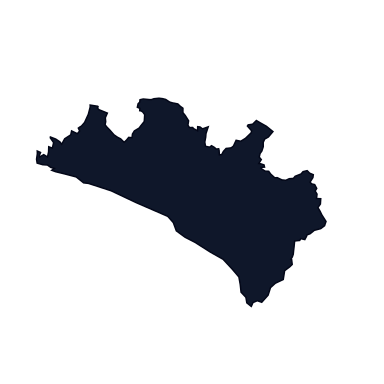 outline of Polis, Paphos, Cyprus, rotated 234°
{"feature_id": "46923920B35140405744722", "entity_name": "Polis", "entity_type": "district", "adm_level": 2, "iso_a3": "CYP", "parent_name": "Cyprus", "parent_adm1": "Paphos", "projection": "orthographic", "projection_center": [32.436, 35.036], "detail": "fine", "context": "isolated", "style": "filled", "palette": "ink", "viewbox_px": 384, "rotation_deg": 234, "n_neighbors": 0, "source": "geoboundaries", "source_scale": "gbopen_adm2", "svg_char_len": 2744}
<svg xmlns="http://www.w3.org/2000/svg" viewBox="0 0 384 384"><g transform="rotate(234 192 192)"><path d="M292.0,91.3L288.7,93.5L281.5,99.6L272.2,107.2L263.1,109.7L259.8,113.3L240.5,127.3L216.2,140.6L186.5,158.1L178.2,158.9L169.8,156.5L159.5,159.8L149.6,164.8L132.4,171.6L119.3,177.6L106.2,179.2L95.7,180.0L88.7,176.6L82.1,172.8L75.1,173.7L70.1,171.2L64.6,172.7L64.8,173.1L66.7,176.3L65.7,180.9L61.8,183.6L63.8,192.9L68.5,199.3L69.2,205.8L67.6,214.4L73.9,220.7L74.0,227.1L74.5,230.5L78.8,232.9L79.5,232.5L80.5,235.0L82.1,237.3L84.9,239.8L87.6,242.3L92.0,246.2L90.9,248.3L89.5,250.6L90.3,252.6L87.2,255.3L88.8,258.6L89.7,259.8L88.8,263.0L89.1,268.4L86.7,274.6L86.8,279.5L87.3,280.1L89.4,283.1L97.3,283.6L101.1,284.3L105.4,284.7L106.8,288.8L110.9,292.2L113.5,288.9L116.8,291.9L120.4,292.2L121.6,295.0L125.9,295.6L128.2,293.6L130.6,293.3L132.6,298.3L134.7,300.3L138.2,298.2L140.6,297.9L141.6,297.7L143.2,293.8L142.5,290.8L144.1,284.7L143.4,282.0L145.6,278.5L146.3,274.8L148.9,271.9L151.8,270.3L153.4,269.5L154.9,267.3L160.2,266.2L163.7,266.2L165.9,263.4L170.9,261.6L171.4,262.3L169.5,265.3L171.6,266.2L174.4,264.2L175.8,262.8L177.5,267.1L180.7,266.9L183.1,269.6L184.1,272.6L186.8,276.3L190.3,278.8L192.1,281.9L191.6,286.1L193.3,293.0L201.5,290.8L207.8,287.9L212.0,286.1L211.2,280.9L213.3,276.9L212.8,275.6L206.4,276.2L205.1,274.6L204.0,266.9L204.4,261.3L207.9,258.1L204.8,252.5L204.7,249.7L205.9,247.4L207.2,245.2L206.4,241.3L204.8,238.0L206.0,236.0L209.6,238.3L211.3,239.0L212.4,236.9L215.0,236.3L218.0,235.0L217.9,232.6L221.1,229.8L224.9,231.7L228.3,235.3L231.0,237.6L235.2,243.4L236.9,237.6L239.9,236.7L241.5,235.0L238.3,232.5L242.4,230.5L243.8,230.5L245.6,227.8L248.5,228.0L251.6,231.1L257.9,231.5L261.6,231.3L265.1,233.9L265.5,233.8L268.2,232.9L271.6,232.3L274.1,230.0L275.3,228.8L277.9,226.8L282.4,225.1L284.9,223.0L287.3,220.4L289.8,216.1L290.6,213.5L291.6,212.1L295.9,207.2L297.2,204.2L295.4,202.5L295.1,200.3L292.7,197.6L290.3,199.0L288.5,197.5L287.4,198.6L285.6,199.2L282.4,199.2L277.1,194.8L275.6,189.3L274.8,186.8L275.3,181.3L273.9,177.9L271.2,175.4L273.4,172.9L272.5,169.6L272.1,166.3L277.0,165.5L280.1,163.9L284.1,162.5L290.6,161.9L294.6,161.3L297.5,161.2L299.6,163.5L303.0,165.5L305.6,169.9L313.3,165.1L315.5,164.8L316.1,166.1L316.6,166.1L316.8,166.1L322.2,160.7L320.6,159.6L315.8,153.8L314.0,150.6L311.4,146.0L310.3,141.3L310.5,139.6L310.5,137.6L307.4,137.0L306.6,133.5L312.2,130.5L309.5,127.5L309.9,120.3L307.2,114.6L310.2,114.6L314.9,112.9L319.7,109.8L319.1,109.2L313.3,109.1L309.6,104.8L312.8,102.7L308.7,99.5L305.3,95.7L309.4,94.0L309.9,89.3L311.3,90.0L313.0,92.7L316.1,90.9L313.8,89.3L309.9,85.5L306.4,83.7L301.9,87.2L298.8,90.9L294.9,92.2L292.0,94.5L292.0,91.3Z" fill="#0f172a" stroke="#020617" stroke-width="1.5"/></g></svg>